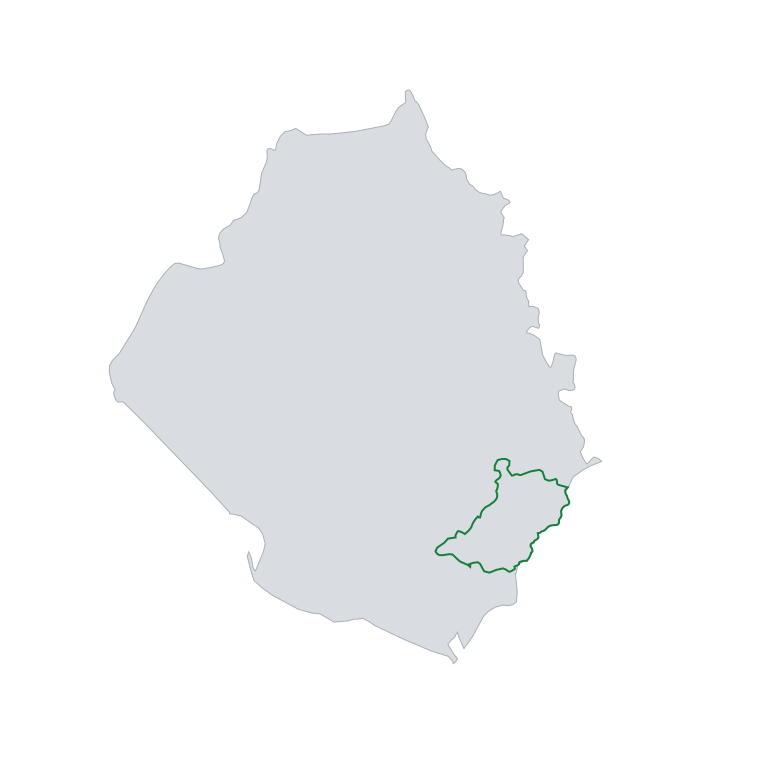 Lubusz highlighted on a map of Poland, rotated 223°
{"feature_id": "POL-3143", "entity_name": "Lubusz", "entity_type": "Voivodeship", "adm_level": 1, "iso_a3": "POL", "parent_name": "Poland", "parent_adm1": "", "projection": "mercator", "projection_center": [15.301, 52.253], "detail": "fine", "context": "in_parent", "style": "outline", "palette": "green", "viewbox_px": 768, "rotation_deg": 223, "n_neighbors": 0, "source": "natural_earth", "source_scale": "10m", "svg_char_len": 5760}
<svg xmlns="http://www.w3.org/2000/svg" viewBox="0 0 768 768"><g transform="rotate(223 384 384)"><path d="M604.7,424.2L607.4,429.7L608.4,433.9L607.3,437.3L607.6,440.6L617.4,455.0L621.1,465.5L623.4,469.6L628.8,474.8L629.3,477.0L627.2,479.0L624.0,479.8L623.1,481.6L626.4,486.5L628.8,494.7L628.5,501.4L626.7,503.1L624.4,507.1L622.8,510.7L609.9,513.2L606.9,517.1L599.8,524.6L595.0,528.9L588.0,536.7L576.7,549.9L560.5,572.2L557.7,577.3L558.3,581.5L561.2,591.3L561.8,595.8L561.3,599.9L560.3,603.5L560.5,605.1L567.4,611.9L567.7,613.3L567.1,615.0L565.6,616.4L560.3,615.0L554.3,612.2L552.3,612.5L549.0,611.9L535.7,606.5L526.8,602.2L525.9,599.5L524.2,595.5L520.4,592.1L511.6,589.2L508.0,587.0L493.8,585.7L487.7,585.6L483.3,586.6L480.5,586.5L476.7,592.4L474.0,594.1L470.1,594.3L466.7,593.2L463.3,590.1L457.7,588.5L453.7,589.3L450.8,588.6L448.2,588.4L447.3,589.1L445.3,589.0L442.3,590.5L439.0,592.6L435.5,594.2L432.7,597.6L430.2,604.3L423.3,601.3L421.0,602.6L417.7,603.5L415.4,602.6L416.0,600.3L417.0,597.7L416.9,594.0L416.3,590.0L414.1,588.6L410.9,588.2L409.2,587.4L409.1,586.0L407.4,584.3L404.5,579.9L401.8,574.5L400.0,572.9L397.2,575.5L393.1,578.4L390.5,579.4L385.6,587.9L376.7,588.1L376.1,584.2L375.2,580.4L370.0,579.5L369.8,577.2L368.7,571.7L358.3,560.7L357.0,556.1L357.4,554.4L356.7,551.5L354.4,549.7L346.2,547.6L344.1,548.8L342.2,547.6L339.2,544.9L333.9,542.8L333.4,541.7L331.5,539.8L330.5,539.5L329.8,540.7L328.3,542.3L322.9,544.4L320.8,543.5L318.8,541.7L316.6,537.9L313.4,534.5L310.7,533.3L309.2,531.5L308.9,530.2L314.8,527.4L316.0,524.5L315.3,519.3L314.4,518.7L312.1,520.4L307.2,522.0L302.6,522.7L300.3,522.7L287.4,513.2L278.9,510.3L274.0,509.4L273.4,510.4L275.7,515.7L279.6,522.3L279.4,524.1L272.1,527.9L269.0,530.2L266.4,533.3L264.1,534.8L262.1,534.4L260.0,532.9L254.7,523.2L247.9,515.7L247.1,514.1L245.0,513.7L242.1,512.0L241.0,509.7L242.5,507.3L244.6,505.1L248.2,503.7L249.3,502.5L250.0,500.6L251.3,498.1L251.0,497.2L248.4,494.4L244.6,491.7L234.0,493.7L231.1,495.1L229.4,493.3L228.2,490.6L225.5,490.1L221.8,487.6L217.5,485.2L213.2,484.5L204.3,481.0L200.9,480.8L199.0,479.6L196.9,476.9L195.2,474.0L194.2,468.2L187.7,465.5L181.2,463.8L180.8,464.6L181.0,470.6L180.7,473.8L176.4,475.7L172.2,475.9L172.4,474.9L177.5,464.2L179.7,457.5L182.3,445.1L179.2,435.3L178.4,430.7L176.9,428.5L168.0,423.7L167.3,422.1L168.7,415.6L168.0,412.8L165.9,409.9L163.0,404.2L161.9,399.3L165.5,393.5L168.0,383.4L169.4,379.4L167.0,377.1L166.4,373.9L167.0,369.3L165.8,365.9L162.6,363.7L160.6,360.7L159.6,357.1L160.4,351.3L162.8,343.4L157.6,334.0L144.8,322.9L138.7,315.1L139.2,310.6L141.9,306.6L146.8,302.9L150.5,296.5L152.6,288.8L152.7,281.9L147.0,259.4L146.1,253.7L145.1,245.0L156.3,249.8L161.0,252.5L160.5,249.5L159.5,246.8L160.1,243.0L159.8,237.2L149.6,234.2L142.9,233.2L142.1,229.2L142.7,226.6L144.6,228.1L151.2,228.7L167.5,220.9L195.7,210.7L225.8,201.1L232.8,200.1L239.9,198.1L242.5,194.5L245.1,192.1L249.2,185.7L258.2,175.8L274.2,172.2L280.2,167.5L292.8,160.9L321.3,153.4L333.3,151.8L345.0,151.6L355.4,157.5L366.4,164.7L368.4,169.0L362.4,166.3L353.7,159.8L350.5,159.6L357.9,179.3L362.0,186.2L370.2,191.4L377.1,193.1L398.3,190.0L405.8,185.9L408.0,183.8L409.9,184.8L437.7,187.1L534.1,192.2L561.8,193.0L563.5,192.5L566.3,189.2L569.7,189.6L573.8,191.7L575.7,193.2L576.5,194.9L577.0,196.9L579.3,197.3L583.3,198.8L588.8,202.3L593.2,205.6L597.3,210.4L598.6,215.8L598.7,221.9L598.4,225.9L604.4,255.8L613.8,282.9L617.2,296.0L618.6,302.9L619.7,312.9L620.0,319.9L620.0,323.8L619.3,329.3L616.5,332.5L598.5,341.6L595.2,344.4L589.9,351.5L585.0,358.8L583.9,361.3L583.6,362.9L584.6,365.3L591.0,369.2L597.5,372.3L599.6,374.7L604.4,377.7L606.1,380.3L607.0,382.7L607.0,388.1L604.8,395.5L605.7,401.1L603.5,404.8L601.7,409.0L601.5,416.2L604.7,424.2Z" fill="#d9dde1" stroke="#a8b0b8" stroke-width="1"/><path d="M179.1,433.8L178.9,431.7L179.3,430.7L178.8,429.6L177.9,428.7L177.1,428.1L176.0,427.5L173.7,426.9L172.6,426.2L171.6,425.5L168.4,424.4L167.3,423.2L167.1,422.4L167.0,421.8L167.4,420.3L168.4,418.8L168.9,417.2L168.9,415.1L168.4,413.1L167.7,411.7L165.3,409.7L164.2,408.4L163.7,406.4L163.5,404.3L162.9,403.4L162.0,402.8L161.2,401.5L161.0,399.9L161.7,398.5L164.5,395.6L165.4,394.4L166.1,392.9L166.6,391.4L166.7,386.5L167.0,385.7L168.1,383.8L168.3,383.0L168.4,382.3L168.5,381.6L168.9,380.9L169.8,379.8L166.6,377.4L166.1,376.2L166.4,374.2L166.9,372.7L167.1,371.5L166.4,370.4L166.4,369.9L167.4,368.7L167.4,367.0L166.6,365.6L165.2,365.0L163.8,364.7L162.2,363.8L161.1,362.6L161.4,361.1L160.3,358.8L159.2,355.3L158.9,352.1L161.4,349.8L162.6,347.9L163.4,346.0L163.2,345.1L162.3,344.3L162.7,342.4L164.1,339.5L162.5,338.3L162.2,337.9L163.4,333.6L164.5,332.0L168.7,331.3L171.2,330.3L175.0,324.8L178.2,318.0L183.0,315.3L191.2,318.0L193.8,317.6L196.8,314.1L198.6,310.6L197.3,310.3L196.3,309.0L199.1,308.9L207.4,306.0L217.6,306.0L220.1,304.2L224.5,298.6L227.1,296.5L229.7,296.1L232.2,296.7L233.5,300.7L232.6,304.6L231.6,309.3L231.8,314.5L227.0,320.6L228.5,322.1L229.6,326.1L229.1,327.3L228.1,327.9L223.5,329.4L222.7,329.3L222.4,330.1L222.3,331.9L222.1,333.6L222.3,338.2L224.1,342.9L224.7,345.8L225.0,348.7L225.0,351.1L223.7,351.1L222.7,351.9L224.8,355.6L225.7,358.0L225.8,362.9L224.2,367.6L224.0,368.8L223.9,370.0L223.3,372.4L223.3,375.1L223.7,377.6L224.8,379.3L226.2,380.7L228.9,382.2L229.8,384.7L230.9,386.7L232.6,388.5L234.5,388.5L235.3,388.2L236.1,388.7L236.2,390.3L235.8,391.8L235.5,394.6L236.3,396.7L238.4,398.1L240.6,398.9L244.2,396.4L247.4,400.0L249.0,405.9L246.5,409.8L243.5,412.4L239.7,413.3L236.9,409.8L236.8,407.1L235.4,405.6L228.0,404.2L227.0,405.6L226.3,407.6L224.8,409.1L223.1,409.7L222.0,410.5L217.2,420.0L211.8,427.2L208.3,428.0L201.4,424.2L197.8,425.5L196.1,427.4L193.6,431.7L192.2,431.6L189.3,429.1L187.9,429.1L180.0,433.2L179.1,433.8Z" fill="none" stroke="#15803d" stroke-width="2"/></g></svg>